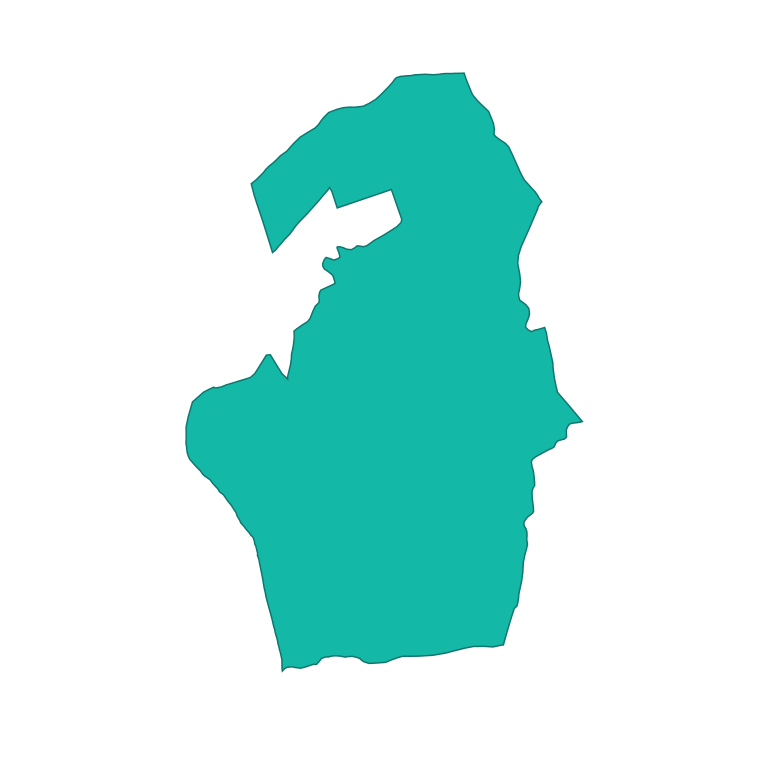 Kampong Siem, Kâmpóng Cham, Cambodia, rotated 161°
{"feature_id": "14789045B55326274387171", "entity_name": "Kampong Siem", "entity_type": "district", "adm_level": 2, "iso_a3": "KHM", "parent_name": "Cambodia", "parent_adm1": "Kâmpóng Cham", "projection": "robinson", "projection_center": [105.438, 12.055], "detail": "fine", "context": "isolated", "style": "filled", "palette": "teal", "viewbox_px": 768, "rotation_deg": 161, "n_neighbors": 0, "source": "geoboundaries", "source_scale": "gbopen_adm2", "svg_char_len": 5088}
<svg xmlns="http://www.w3.org/2000/svg" viewBox="0 0 768 768"><g transform="rotate(161 384 384)"><path d="M208.7,283.9L216.1,303.2L222.7,319.7L222.3,323.0L222.0,326.4L221.1,333.2L220.0,339.0L218.8,344.7L217.5,349.0L216.5,357.2L215.5,366.1L215.2,371.6L213.9,379.1L213.7,385.1L220.5,385.4L224.6,385.9L227.4,385.3L228.2,386.3L230.3,388.5L231.6,391.7L230.7,393.6L230.1,394.8L227.9,397.1L225.3,400.2L223.5,403.1L222.5,408.5L224.1,412.8L226.2,416.0L228.4,419.0L228.1,423.0L227.3,425.8L225.2,429.1L221.7,435.9L219.9,443.5L218.4,454.2L215.2,461.6L209.6,469.2L195.5,484.3L183.3,497.8L182.0,499.1L180.6,501.3L177.6,503.7L175.5,504.8L176.0,506.7L176.9,509.2L177.3,512.2L178.5,516.4L180.8,521.5L183.0,526.8L184.9,531.3L185.6,535.2L186.3,540.3L186.7,546.1L187.4,552.8L188.0,559.6L188.3,562.4L188.9,567.4L190.8,571.9L194.5,576.7L197.1,580.3L198.7,583.4L198.2,585.8L196.6,589.1L195.7,595.0L196.0,601.6L196.4,607.7L198.9,612.6L201.0,616.5L203.4,621.5L205.4,626.7L206.2,629.3L206.6,635.4L206.9,640.7L207.1,645.4L207.1,648.8L207.1,651.9L210.6,652.9L215.4,654.5L219.8,655.8L224.7,657.5L227.8,658.3L229.8,658.7L231.2,658.9L236.6,660.3L240.7,662.0L244.4,663.5L248.7,664.7L253.9,666.2L258.5,666.9L262.2,668.0L268.6,669.5L272.4,669.6L274.2,668.9L277.9,666.3L282.1,663.9L287.4,661.3L292.7,658.6L299.2,655.8L307.0,654.1L313.4,653.4L321.8,655.3L325.9,656.8L327.8,657.4L332.6,658.5L339.0,659.0L347.9,658.7L353.9,655.8L357.9,653.3L361.3,650.7L365.8,648.5L374.3,646.7L382.9,644.7L390.8,641.0L396.2,638.0L400.0,635.8L403.7,634.7L407.8,633.5L412.0,631.3L416.8,629.2L421.9,627.3L425.7,625.5L429.3,623.1L434.0,620.8L438.6,618.6L441.6,617.5L444.3,616.6L445.3,604.9L445.5,592.3L445.6,578.6L446.0,563.2L446.4,550.0L446.6,544.6L442.9,545.9L438.2,548.9L434.7,550.7L431.2,553.0L429.9,553.6L428.5,554.3L424.7,556.2L420.7,558.8L416.4,561.9L412.0,564.5L407.8,566.7L401.3,569.9L395.7,573.1L385.7,578.7L381.3,581.4L374.2,585.5L371.5,587.5L370.6,582.9L370.9,565.7L313.7,565.5L313.6,533.9L315.4,531.0L320.8,528.5L326.4,527.1L331.3,525.9L337.3,524.6L342.3,523.7L346.7,522.9L350.6,521.7L355.4,520.3L359.0,520.6L362.2,522.4L364.5,523.4L367.2,522.3L371.0,521.6L375.3,523.5L378.2,526.2L381.3,528.2L383.4,528.9L384.1,528.1L383.9,522.4L384.3,518.3L386.8,517.5L391.1,517.5L393.4,519.5L397.5,522.5L399.9,521.1L402.7,517.9L403.5,515.3L402.9,512.0L400.0,508.2L398.0,505.0L397.0,503.3L397.2,497.3L397.6,495.0L399.7,494.7L413.2,493.3L414.9,491.8L416.9,488.5L417.4,486.5L418.1,483.6L419.4,481.9L423.6,480.0L427.4,476.1L432.4,470.2L435.8,467.9L442.1,466.4L448.7,464.5L450.2,463.9L451.8,463.4L453.8,457.0L455.9,452.6L457.4,449.5L459.6,445.7L461.7,442.4L463.3,438.2L466.0,432.9L469.6,427.2L472.8,422.3L473.5,420.0L477.2,427.2L482.0,448.7L485.8,449.6L502.9,435.8L508.5,433.6L533.5,434.5L538.9,434.2L542.3,434.7L544.2,434.9L545.1,435.4L546.0,436.4L551.1,435.9L557.0,435.1L570.9,429.4L580.0,416.4L585.1,407.8L588.8,396.7L590.4,392.9L591.3,388.2L592.4,383.2L592.5,379.4L592.1,375.8L590.7,372.5L589.5,369.4L588.1,366.2L585.9,361.7L584.6,357.4L583.5,355.3L581.5,352.7L579.6,350.1L578.4,346.1L576.9,342.5L575.3,339.2L574.6,335.6L571.9,331.6L570.7,327.4L569.8,324.0L568.0,319.5L567.0,315.3L565.8,310.6L565.8,306.5L564.9,303.0L564.6,299.2L562.6,294.5L561.7,291.6L559.7,286.7L559.1,284.1L557.8,282.2L557.7,280.1L557.8,277.0L558.3,275.1L558.0,272.0L558.5,266.6L558.6,265.1L559.5,263.0L559.4,258.6L559.9,255.9L560.1,254.3L560.5,251.5L560.9,248.0L561.7,242.3L562.4,237.5L563.2,233.3L563.7,230.0L564.1,225.9L564.9,220.7L565.0,219.0L565.3,215.3L565.6,210.5L565.9,206.0L566.0,203.6L566.2,201.1L566.5,197.0L566.9,193.9L567.2,190.7L567.3,187.5L567.8,184.1L567.9,181.6L568.1,177.9L568.3,175.6L568.8,172.7L569.0,169.1L569.3,166.8L569.4,164.8L569.6,162.0L569.9,159.9L570.1,158.2L570.3,156.4L571.2,153.8L571.9,151.7L572.9,148.7L573.6,145.7L570.5,147.3L567.8,147.7L563.2,146.6L559.9,144.7L555.5,142.5L551.8,142.1L549.0,142.0L545.7,142.0L542.2,141.9L539.1,140.9L536.0,142.5L532.4,144.9L528.1,144.9L525.4,144.0L522.3,143.8L519.7,143.2L517.1,142.3L513.8,140.9L509.6,138.4L507.1,138.1L502.6,136.8L500.0,135.2L498.3,134.1L496.1,132.1L495.2,130.3L493.9,128.3L489.2,124.7L485.4,123.6L479.6,122.0L473.5,120.4L472.0,120.4L467.3,120.7L460.8,120.8L455.1,120.5L448.7,118.3L439.8,115.4L426.1,111.6L413.1,109.5L402.3,108.7L393.3,107.9L384.9,106.7L374.6,103.3L366.5,99.9L358.0,98.9L356.1,98.4L347.8,110.4L339.4,122.1L335.7,126.9L334.0,129.3L330.6,130.8L328.5,134.0L326.5,137.8L324.9,141.5L322.2,146.0L318.3,152.4L316.3,156.3L314.2,160.5L312.4,164.9L310.2,170.2L308.1,173.9L305.1,178.7L302.9,181.7L300.5,185.8L299.7,190.4L298.1,194.2L297.0,197.8L296.9,201.3L297.7,203.8L297.0,207.3L295.6,208.7L293.6,210.2L291.6,211.5L288.4,212.5L285.5,213.6L284.1,214.8L282.8,219.3L281.9,223.7L280.6,229.4L278.9,234.5L276.8,237.2L274.6,239.0L273.5,242.5L272.4,246.8L271.1,253.1L271.0,256.6L270.4,261.0L269.8,262.7L268.4,264.3L264.4,265.8L257.0,267.1L250.4,268.2L246.3,268.5L243.5,269.2L240.8,272.3L238.3,273.6L233.8,273.5L231.2,273.2L228.6,274.5L227.7,277.7L226.5,281.3L224.4,283.8L221.5,285.7L218.4,285.6L214.1,284.6L210.9,284.1L208.7,283.9Z" fill="#14b8a6" stroke="#0f766e" stroke-width="1.5"/></g></svg>